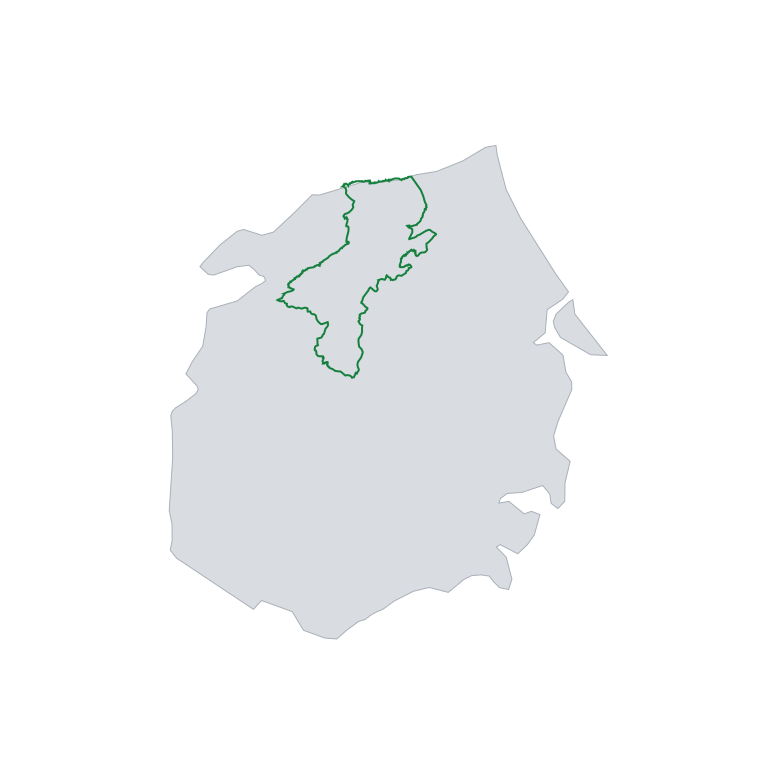 location of Kenema, Eastern, Sierra Leone, rotated 214°
{"feature_id": "65957751B6503620183485", "entity_name": "Kenema", "entity_type": "district", "adm_level": 2, "iso_a3": "SLE", "parent_name": "Sierra Leone", "parent_adm1": "Eastern", "projection": "natural_earth1", "projection_center": [-11.159, 7.947], "detail": "fine", "context": "in_parent", "style": "outline", "palette": "green", "viewbox_px": 768, "rotation_deg": 214, "n_neighbors": 0, "source": "geoboundaries", "source_scale": "gbopen_adm2", "svg_char_len": 7741}
<svg xmlns="http://www.w3.org/2000/svg" viewBox="0 0 768 768"><g transform="rotate(214 384 384)"><path d="M602.2,378.4L601.9,383.6L597.7,407.8L591.1,428.5L586.8,433.6L568.4,439.0L560.5,448.2L553.8,477.6L549.4,500.7L543.1,504.6L516.0,538.0L498.2,550.6L485.9,561.5L474.1,575.7L459.4,589.5L443.6,612.7L432.2,636.9L424.6,644.4L418.7,637.6L391.7,613.7L363.3,597.7L302.7,571.1L282.6,563.6L283.3,554.1L290.3,536.8L279.0,516.5L283.4,501.7L279.0,501.7L270.3,510.6L251.8,508.0L239.6,495.4L229.6,490.7L225.2,484.3L218.9,450.8L214.3,435.7L205.0,426.3L186.4,424.0L178.8,403.5L168.5,387.7L170.2,378.0L178.6,378.5L185.2,385.6L195.7,388.6L208.9,371.4L220.7,362.1L223.5,354.0L222.1,349.5L214.9,356.5L195.3,354.7L190.5,360.9L181.7,362.9L175.0,342.9L175.3,331.0L178.2,318.0L197.9,315.8L199.5,311.6L185.9,308.8L168.8,293.7L165.8,283.3L174.3,279.8L182.4,281.3L189.4,283.6L197.0,279.9L204.2,274.1L208.4,266.8L214.2,247.2L232.8,240.6L243.7,228.6L254.1,210.0L258.8,196.9L263.1,190.3L265.8,184.7L267.8,178.5L272.4,172.7L277.3,158.9L280.6,146.2L291.3,140.2L313.1,134.8L332.7,144.0L364.5,136.0L366.2,124.2L395.3,124.0L429.8,123.8L458.6,123.6L468.4,126.8L472.0,135.6L481.5,149.5L491.3,159.0L503.6,180.1L517.8,204.5L533.2,226.6L543.1,238.6L544.2,242.8L543.5,247.6L538.6,258.8L534.5,271.0L534.9,275.5L537.8,277.8L553.9,281.6L555.4,295.2L555.4,313.9L563.2,331.4L570.7,344.3L570.3,348.9L552.1,370.8L545.1,392.6L541.5,398.8L540.0,403.6L543.7,405.9L548.6,404.5L555.7,406.3L562.4,406.9L571.3,399.1L586.1,379.1L591.1,376.6L602.2,378.4ZM276.7,555.1L274.6,559.5L264.9,548.7L214.9,532.5L229.1,523.8L263.8,521.3L274.1,526.3L278.7,530.5L280.4,538.5L276.7,555.1Z" fill="#d9dde1" stroke="#a8b0b8" stroke-width="1"/><path d="M477.4,571.2L479.8,569.2L479.6,568.5L480.1,567.4L481.7,566.3L481.8,565.1L482.6,564.9L483.2,564.2L483.5,562.9L484.2,563.1L485.1,562.5L486.4,562.7L489.7,560.7L491.6,558.4L492.2,557.0L492.9,557.1L493.4,556.7L493.3,555.1L494.4,555.6L494.4,554.8L496.2,554.0L496.8,554.2L496.8,553.1L497.6,552.0L498.4,551.9L499.1,550.6L500.9,549.2L501.8,549.2L501.6,548.2L502.8,546.6L503.8,546.2L503.9,545.5L504.5,545.6L504.5,545.1L506.1,543.7L506.9,543.3L507.7,542.3L508.0,542.2L508.0,542.8L508.7,543.3L508.5,544.1L508.7,544.4L509.6,544.8L510.4,543.6L510.9,543.7L511.7,542.7L513.2,542.0L513.4,541.1L514.2,540.2L514.7,539.9L515.7,540.0L516.2,539.2L517.4,538.7L520.9,536.1L521.0,535.5L521.8,534.9L522.3,533.7L523.3,533.9L523.7,532.7L523.5,532.3L524.5,531.4L524.0,531.0L524.1,530.7L525.2,529.2L524.7,528.4L527.1,529.0L527.8,528.6L528.3,527.3L528.8,527.4L528.7,526.1L528.3,526.2L528.8,524.7L528.2,525.1L526.6,524.9L525.8,525.2L523.4,523.2L522.4,521.1L521.5,520.4L517.6,519.3L514.3,518.9L510.9,518.9L510.1,514.9L508.9,514.0L508.2,513.1L508.2,510.1L509.2,506.1L511.6,502.8L511.5,500.5L510.9,500.1L510.5,500.2L509.9,499.7L509.4,499.8L509.0,499.3L508.6,500.2L508.6,500.9L507.6,500.3L507.4,500.7L506.9,500.0L506.3,500.2L505.2,498.1L504.1,494.6L503.5,493.7L501.9,494.5L500.9,494.0L498.9,490.7L496.6,484.3L495.0,481.2L494.6,480.8L494.2,480.8L493.9,481.6L492.9,482.0L492.4,481.8L492.0,481.1L492.0,480.4L493.3,478.8L494.1,477.2L494.4,475.3L494.9,474.8L495.0,474.1L494.7,473.1L495.8,472.3L496.0,469.7L495.8,469.1L496.9,467.3L496.6,466.4L496.9,466.1L497.4,466.2L498.5,463.8L499.1,463.5L500.0,461.6L501.1,458.7L500.9,457.7L502.2,454.5L502.6,454.0L503.6,451.1L503.3,450.9L504.8,448.7L503.9,448.2L503.8,447.5L504.5,446.9L503.5,446.0L504.0,445.7L505.4,445.5L506.2,444.9L506.9,443.2L507.3,443.0L507.1,442.5L507.9,441.2L511.8,437.6L512.1,436.8L511.7,436.1L512.2,435.4L512.7,435.3L513.0,433.7L513.3,433.7L514.0,432.6L514.4,432.7L514.2,432.1L514.6,431.8L514.4,431.4L514.6,431.3L514.4,430.9L513.8,430.6L514.3,429.6L514.1,429.5L514.1,428.8L514.5,428.4L514.4,427.9L514.8,427.6L514.9,427.0L514.4,426.2L514.7,425.5L515.1,425.6L515.1,425.2L516.0,424.4L516.3,424.5L516.5,424.0L516.4,422.8L517.0,422.2L516.6,421.5L517.0,421.4L516.7,421.1L517.2,419.8L517.7,419.1L517.9,417.7L518.9,416.6L518.5,416.3L518.8,416.1L518.7,415.5L519.3,414.1L518.9,414.0L519.0,412.7L518.8,412.4L518.2,412.5L518.0,412.3L517.3,410.7L515.7,411.3L515.2,411.0L514.4,411.4L512.9,411.5L512.3,411.9L511.8,411.9L511.8,411.1L512.7,409.3L515.3,406.5L517.3,403.3L516.9,403.5L516.7,402.4L517.0,400.1L516.5,398.3L516.6,397.8L517.7,396.9L518.0,395.7L519.1,394.6L519.3,394.0L517.1,394.3L515.3,395.1L513.6,396.8L511.2,395.7L509.3,396.2L508.7,394.9L507.2,394.4L505.8,394.7L505.2,394.9L504.5,396.3L503.1,397.1L498.9,397.7L498.1,399.2L494.5,400.4L492.3,403.0L490.2,403.9L489.5,403.8L488.6,402.2L487.7,401.4L485.7,402.9L484.7,402.1L483.6,401.8L482.4,401.8L481.2,402.7L478.9,402.7L476.1,400.0L473.4,398.9L471.3,398.5L469.6,398.5L468.5,399.4L465.3,403.8L463.7,402.2L463.1,400.4L463.4,397.1L461.8,391.9L462.3,390.6L461.9,389.0L461.9,387.5L464.6,384.3L461.7,380.3L460.4,379.2L461.8,377.3L461.7,375.7L460.7,373.8L460.4,373.4L459.8,373.3L459.3,373.6L458.1,372.9L456.8,371.0L455.0,370.4L453.4,370.6L451.3,372.1L449.9,372.8L448.9,372.1L449.1,371.5L448.4,371.5L447.8,368.7L446.8,368.0L446.3,367.1L446.0,367.8L445.7,367.8L445.3,367.3L445.1,367.4L445.1,368.4L444.3,368.7L444.3,369.6L443.1,370.6L442.0,369.4L442.3,368.9L441.9,367.9L440.3,367.3L439.9,367.6L439.1,367.0L438.6,367.3L438.2,367.0L437.3,367.0L435.1,367.6L431.6,367.6L426.8,370.1L420.9,369.4L419.5,370.8L417.1,371.9L414.9,371.9L414.1,371.3L412.7,372.7L413.2,375.2L412.9,377.1L413.7,377.2L413.7,377.6L412.3,377.8L412.6,378.9L412.6,381.3L413.4,382.3L415.5,383.7L416.7,384.9L417.9,387.6L417.8,393.1L419.0,397.7L419.6,398.7L422.0,400.3L425.6,401.1L428.9,404.9L430.3,407.2L430.2,411.9L431.3,415.0L433.4,417.9L434.7,420.4L436.2,420.2L437.7,420.4L440.2,421.7L440.0,423.8L440.4,424.6L441.5,424.8L441.7,426.7L442.8,427.4L442.7,428.7L442.0,430.0L440.8,431.1L439.7,432.7L440.3,434.1L439.8,435.2L440.0,435.6L439.7,437.0L440.3,437.7L442.4,437.6L446.4,438.6L448.1,438.5L448.6,439.3L448.4,440.2L449.7,444.3L449.4,451.4L449.2,452.7L449.6,453.6L449.5,456.1L449.2,456.5L443.4,455.8L442.4,456.4L442.0,457.4L442.0,458.6L442.7,459.6L445.0,461.3L445.5,464.4L446.0,465.0L445.9,466.0L446.4,466.6L446.9,466.8L444.7,469.7L441.6,470.9L441.6,472.6L442.4,474.5L442.5,475.6L442.0,475.7L441.6,474.9L440.3,475.2L439.1,475.1L438.4,475.6L437.7,475.3L436.6,474.1L436.1,474.8L435.0,474.9L434.7,475.6L433.4,476.5L433.0,477.4L433.2,477.8L433.0,478.6L433.5,479.9L433.3,481.3L432.5,482.3L430.0,483.5L427.9,488.4L428.6,490.2L427.8,491.4L427.7,492.9L428.3,494.0L426.9,495.4L426.7,496.3L427.4,496.8L429.0,497.3L430.2,497.0L430.2,496.4L430.6,496.2L430.4,495.9L430.8,495.3L431.9,494.9L432.0,494.0L432.8,493.1L432.8,492.3L434.5,490.8L435.8,490.1L436.5,490.0L436.8,491.0L437.3,491.1L438.0,493.2L438.1,494.8L438.8,495.3L439.5,497.2L440.0,497.3L439.9,497.9L439.5,498.3L439.6,498.9L440.0,499.1L439.7,501.6L438.6,501.5L438.0,502.4L438.5,502.9L437.8,503.2L438.3,504.2L437.7,504.6L437.5,505.2L438.2,506.2L437.7,506.3L437.1,507.0L437.2,508.5L436.9,508.7L436.5,510.4L435.8,510.0L435.5,510.6L434.6,510.6L434.3,511.9L433.2,511.7L433.2,511.0L432.5,511.5L432.5,511.9L432.2,511.9L431.8,510.6L431.2,510.4L431.1,509.5L430.1,509.3L429.5,508.4L428.2,508.5L427.5,509.7L427.4,512.2L427.0,513.1L426.0,514.3L424.2,515.6L423.5,516.7L423.2,518.9L423.7,519.9L424.9,520.8L427.3,524.1L426.3,526.6L425.5,531.2L425.4,534.2L424.5,537.0L425.0,537.5L425.6,537.5L429.3,537.2L431.9,537.4L433.0,537.0L434.9,534.4L437.9,527.9L439.5,525.5L439.7,524.1L440.4,522.8L444.1,518.2L444.4,518.4L445.3,525.5L447.0,528.0L447.6,528.3L451.1,527.6L453.2,528.1L451.6,529.6L450.1,529.5L445.7,534.5L446.1,535.4L445.2,537.9L445.0,540.0L445.8,541.9L445.4,543.8L446.1,544.8L445.9,545.2L447.1,547.4L446.8,548.7L447.6,551.1L446.8,551.9L447.2,552.6L447.7,552.6L447.4,553.1L447.5,554.4L448.5,554.6L448.8,556.0L452.2,558.0L456.5,561.7L461.9,565.3L477.4,571.2Z" fill="none" stroke="#15803d" stroke-width="2"/></g></svg>